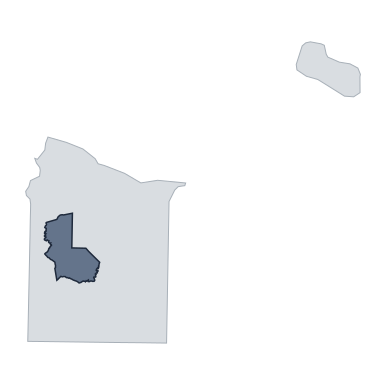 Evinayong, Centro Sur, Equatorial Guinea (highlighted), rotated 91°
{"feature_id": "11065452B18175278434840", "entity_name": "Evinayong", "entity_type": "district", "adm_level": 2, "iso_a3": "GNQ", "parent_name": "Equatorial Guinea", "parent_adm1": "Centro Sur", "projection": "robinson", "projection_center": [10.451, 1.358], "detail": "fine", "context": "in_parent", "style": "filled", "palette": "slate", "viewbox_px": 384, "rotation_deg": 91, "n_neighbors": 0, "source": "geoboundaries", "source_scale": "gbopen_adm2", "svg_char_len": 5629}
<svg xmlns="http://www.w3.org/2000/svg" viewBox="0 0 384 384"><g transform="rotate(91 192 192)"><path d="M343.5,214.8L343.6,242.3L343.8,265.6L343.9,290.8L344.0,317.0L344.1,339.2L344.2,353.6L322.7,353.5L294.2,353.4L265.7,353.3L237.1,353.2L222.8,353.2L207.0,353.1L201.9,353.9L198.4,357.5L194.2,358.3L189.4,355.2L183.4,353.7L181.8,350.5L178.9,344.7L173.0,344.1L170.1,344.7L165.8,348.0L161.1,349.8L162.0,347.1L152.6,339.9L145.8,339.2L139.6,337.0L144.6,318.4L150.9,301.8L160.4,289.4L165.4,286.4L167.0,280.2L174.5,259.8L183.8,243.3L180.9,226.6L183.1,198.5L185.8,199.3L186.2,202.0L186.9,205.9L190.4,209.3L201.9,214.8L236.3,214.8L256.8,214.8L287.0,214.8L319.1,214.8L343.5,214.8ZM71.4,25.7L74.0,26.1L89.7,25.7L94.0,32.0L93.5,41.2L77.3,68.2L74.3,79.6L68.1,89.2L62.7,90.0L44.0,84.4L40.9,80.9L39.8,76.3L41.6,65.5L43.0,62.3L51.9,60.2L54.8,58.5L59.6,46.9L61.1,36.3L65.2,28.3L71.4,25.7Z" fill="#d9dde1" stroke="#a8b0b8" stroke-width="1"/><path d="M263.9,283.1L253.3,294.2L250.1,297.1L250.0,311.2L215.3,311.2L217.2,320.0L217.0,321.3L217.1,321.9L217.2,322.7L217.4,323.4L217.7,323.8L218.4,324.6L218.9,325.2L219.5,325.6L220.1,325.9L220.8,326.1L221.4,326.4L222.0,327.4L224.8,336.5L225.0,337.0L225.4,337.4L225.9,337.3L226.2,337.1L226.9,336.9L227.5,337.0L228.0,337.3L228.3,337.8L228.7,338.1L229.2,338.2L230.0,338.6L230.3,338.4L230.8,337.4L230.9,337.1L231.0,337.1L231.8,337.2L232.1,337.2L232.4,337.1L232.7,337.3L232.9,337.3L233.0,337.3L233.3,337.2L233.5,337.4L233.8,337.4L233.8,337.5L233.8,337.8L233.9,338.0L234.0,338.1L234.1,338.3L234.3,338.4L234.7,338.2L234.9,338.1L235.2,338.0L235.1,338.3L235.1,338.5L235.3,338.7L235.5,338.7L235.8,338.7L236.0,338.7L236.3,338.6L236.3,338.4L236.3,338.2L236.2,338.0L236.4,338.0L236.5,338.0L236.6,337.9L236.6,337.7L236.7,337.8L236.8,337.8L237.1,337.7L237.3,337.8L237.6,337.8L238.0,337.7L238.0,338.0L238.3,338.3L238.2,338.4L238.2,338.5L238.3,338.6L238.5,338.8L238.8,338.7L239.0,338.4L239.3,338.1L239.3,337.9L239.6,337.5L239.6,337.4L239.7,337.2L239.8,337.2L240.0,337.4L240.1,337.5L240.3,337.8L240.5,337.9L240.9,338.2L241.3,338.6L241.5,338.7L241.6,338.8L241.9,338.7L242.3,338.7L242.5,338.5L242.6,338.4L242.6,338.2L242.8,337.8L242.9,337.7L243.0,337.5L243.0,337.4L242.9,337.3L242.9,337.2L243.0,337.2L243.3,336.9L243.2,336.8L243.2,336.7L242.8,336.4L242.8,336.2L242.7,336.1L242.5,335.9L242.7,335.6L242.9,335.2L243.2,334.9L243.3,334.9L243.4,334.7L243.4,334.4L243.6,334.5L243.8,334.4L244.1,334.4L244.3,334.5L244.5,334.5L244.7,334.4L244.8,334.4L245.1,334.0L245.2,333.9L245.3,333.9L245.4,333.7L245.4,333.3L245.5,333.1L245.5,332.9L245.5,332.7L245.6,332.8L245.9,332.8L246.0,332.9L246.3,332.9L246.5,332.8L246.6,332.7L246.7,332.4L246.8,332.2L247.0,332.2L247.3,332.1L247.4,331.9L247.4,331.7L247.6,331.7L247.8,331.6L248.0,331.6L248.1,331.9L248.2,332.2L248.3,332.3L248.6,332.5L248.8,332.6L249.0,332.8L249.3,333.0L249.5,333.1L249.9,333.1L250.0,333.2L250.0,333.3L250.3,333.6L250.7,333.6L250.8,334.0L251.2,334.2L251.4,334.3L251.6,334.3L251.9,334.4L252.4,334.5L252.8,334.6L253.2,334.8L253.4,334.9L253.5,335.1L253.8,335.2L254.1,335.4L254.3,335.5L254.5,335.7L254.6,335.8L254.6,336.0L255.1,336.5L255.2,336.8L255.6,337.3L256.2,338.0L256.4,338.1L256.5,338.1L256.8,337.9L257.0,337.7L257.4,337.3L257.8,337.0L258.0,336.8L258.6,336.1L258.9,335.8L259.6,335.3L259.8,335.1L260.0,334.9L260.1,334.3L260.2,334.0L260.3,333.8L260.4,333.6L261.0,333.1L261.3,332.8L261.5,332.6L261.9,332.1L262.1,331.7L262.3,331.0L262.8,330.3L263.2,329.7L264.5,327.9L264.9,327.8L266.5,327.6L267.5,327.2L268.2,327.2L269.2,327.2L270.0,327.2L270.7,327.8L282.6,325.6L282.0,324.9L281.5,324.4L280.8,323.8L280.0,323.0L278.6,321.6L279.0,320.7L279.1,320.2L279.0,319.6L278.8,319.1L278.7,318.7L278.7,318.4L278.8,318.0L278.8,317.9L278.8,317.6L278.8,317.4L278.8,317.1L279.2,316.8L279.5,316.5L279.8,316.1L279.8,315.5L279.8,314.8L280.0,314.5L280.2,314.2L280.3,313.8L280.3,313.4L280.1,313.2L280.1,312.8L280.3,312.6L280.8,312.0L280.9,311.5L281.1,311.0L281.4,310.3L281.8,309.7L282.2,309.0L282.3,308.4L282.5,308.0L282.8,307.3L282.8,307.0L283.0,306.5L283.1,306.1L283.3,305.7L283.5,305.3L283.8,304.8L284.0,304.5L284.4,303.9L284.8,303.6L284.9,303.1L284.8,302.7L284.6,302.3L284.5,301.9L284.4,301.5L284.2,301.2L283.8,300.8L283.6,300.5L283.5,300.2L283.4,300.0L283.2,299.9L283.0,299.4L282.9,299.2L283.1,298.9L283.0,298.3L283.3,297.5L283.6,297.1L283.3,297.0L283.2,296.8L283.1,296.6L282.9,296.4L282.7,296.3L282.8,296.2L283.0,295.9L283.0,295.6L282.9,295.5L282.8,295.2L282.7,295.2L282.4,295.0L282.4,294.8L282.3,294.6L282.2,294.6L282.0,294.4L281.8,294.1L283.4,294.0L283.4,293.1L283.2,292.6L282.8,292.0L282.7,291.4L282.8,290.9L283.0,290.1L283.1,289.7L283.0,289.0L283.0,288.4L282.6,288.0L282.0,287.7L281.4,287.8L280.7,288.1L280.1,288.3L279.6,288.6L279.1,288.8L278.7,288.6L278.7,287.0L278.5,286.9L278.4,286.7L277.9,286.8L277.7,286.8L277.4,286.9L277.2,287.0L276.7,287.1L276.5,286.8L276.3,286.6L276.1,286.5L275.9,287.0L275.6,287.1L275.5,286.8L275.2,286.7L274.9,286.5L274.8,286.4L274.7,286.2L274.6,285.9L274.6,285.5L274.5,285.3L274.2,285.4L274.0,285.6L273.8,285.6L273.7,285.5L273.6,285.3L273.5,285.2L273.4,285.1L273.2,285.2L273.0,284.9L272.9,284.7L272.6,284.6L272.4,284.6L272.1,284.7L272.0,285.0L272.0,285.4L272.2,285.5L272.3,285.7L272.3,285.9L272.3,286.1L272.1,286.3L271.9,286.4L271.8,286.1L271.6,285.9L271.4,286.0L270.7,286.0L270.3,285.7L270.1,285.5L269.9,285.3L269.7,285.2L269.8,285.1L269.9,284.9L269.7,284.7L269.6,284.3L269.7,284.2L269.3,284.1L269.2,284.1L268.8,283.9L268.6,284.0L268.3,284.1L268.2,283.9L267.9,284.1L267.7,284.1L267.3,284.1L267.1,283.8L266.9,283.7L266.3,283.7L266.0,283.7L265.4,283.6L265.2,283.5L264.8,283.4L264.3,283.2L263.9,283.1Z" fill="#64748b" stroke="#1e293b" stroke-width="1.5"/></g></svg>